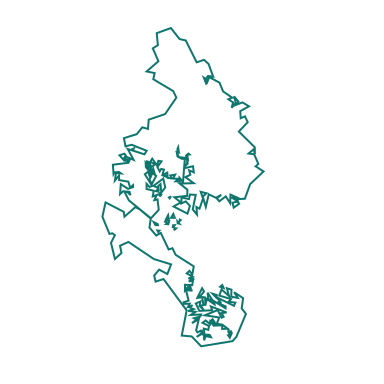 Colón, Colón, Panama (Mercator projection), rotated 303°
{"feature_id": "35544464B72276923440034", "entity_name": "Colón", "entity_type": "district", "adm_level": 2, "iso_a3": "PAN", "parent_name": "Panama", "parent_adm1": "Colón", "projection": "mercator", "projection_center": [-79.891, 9.223], "detail": "fine", "context": "isolated", "style": "outline", "palette": "teal", "viewbox_px": 384, "rotation_deg": 303, "n_neighbors": 0, "source": "geoboundaries", "source_scale": "gbopen_adm2", "svg_char_len": 6095}
<svg xmlns="http://www.w3.org/2000/svg" viewBox="0 0 384 384"><g transform="rotate(303 192 192)"><path d="M200.1,105.6L194.1,111.3L198.8,115.8L201.9,131.5L197.7,131.6L193.1,114.6L187.2,125.5L185.7,117.3L183.2,117.3L184.7,122.3L181.9,122.8L171.8,110.8L164.5,116.3L166.2,116.1L169.0,119.9L168.9,122.4L166.4,117.9L159.6,121.1L166.0,121.8L162.3,124.4L166.0,133.0L162.0,137.7L165.6,138.8L164.0,139.9L159.8,136.7L159.8,128.0L151.1,132.8L155.1,133.8L158.1,139.5L155.9,142.1L156.8,137.7L155.3,135.5L150.6,143.6L147.6,171.9L159.0,173.8L167.0,167.1L164.7,164.9L170.2,164.0L166.9,161.5L172.2,159.2L169.8,152.3L174.1,149.4L173.1,153.7L175.4,155.3L181.2,142.8L185.1,144.1L182.1,148.0L185.5,147.1L187.7,139.8L191.3,137.2L190.7,139.0L193.2,137.6L193.6,139.5L188.4,140.7L188.2,142.4L192.3,139.9L193.7,140.3L190.7,144.2L195.0,146.0L194.7,140.5L198.3,140.5L195.2,148.2L199.8,146.8L201.1,149.7L194.1,149.4L191.7,153.7L194.6,153.6L195.5,156.3L189.9,158.0L191.0,163.2L191.7,159.0L194.8,160.7L190.6,163.9L192.5,167.9L194.0,164.8L197.4,168.4L193.0,168.7L195.7,173.6L192.1,172.5L194.2,175.9L194.6,174.9L197.2,173.6L195.4,179.1L215.0,168.4L209.8,171.6L213.0,172.4L215.1,171.8L217.0,170.9L217.4,169.5L216.3,167.9L217.1,169.7L216.9,170.6L216.1,171.2L213.7,172.0L217.0,170.0L214.3,165.4L213.9,160.5L217.2,157.4L217.6,157.3L217.8,157.6L218.1,159.2L219.8,156.5L221.9,156.1L218.1,159.4L217.2,157.5L214.1,162.0L217.7,169.2L217.7,168.4L219.3,167.2L222.3,168.1L222.1,169.5L220.6,167.7L216.7,171.3L212.6,172.6L214.2,173.2L209.5,171.9L208.0,172.8L214.1,178.8L209.5,182.8L208.6,177.9L205.5,181.2L200.9,178.4L200.3,188.6L192.4,177.1L191.4,186.9L186.2,190.1L178.0,180.1L177.2,188.2L169.8,184.5L171.4,200.0L179.2,197.8L180.8,191.9L176.5,189.3L181.7,186.2L184.4,193.3L188.8,191.7L191.6,196.7L177.8,202.1L175.8,208.5L181.8,203.9L182.1,207.4L192.6,204.8L196.9,199.2L198.8,204.8L194.1,203.5L187.0,211.7L199.2,207.3L200.2,215.3L205.6,218.1L200.1,216.3L199.1,220.0L206.7,222.7L203.4,230.1L210.8,225.7L211.8,232.1L209.0,228.6L209.1,236.5L210.1,233.0L215.1,240.0L230.3,236.5L248.2,240.8L248.2,231.4L251.7,232.3L257.5,223.6L255.1,218.5L261.5,220.5L258.0,224.1L263.7,220.3L268.2,198.4L280.9,200.7L284.3,195.2L280.4,192.7L286.1,188.4L294.9,193.1L294.6,185.5L289.1,181.5L293.1,181.7L295.1,175.1L290.6,180.1L284.2,179.4L289.5,177.7L289.6,172.0L293.0,174.4L293.3,163.3L298.7,155.5L297.7,143.9L293.8,144.7L295.4,143.2L292.7,144.5L291.0,145.0L290.6,144.9L294.3,139.7L294.2,141.9L298.1,142.3L300.2,147.0L308.4,136.2L309.4,130.1L303.3,125.3L315.7,104.2L313.5,98.3L318.0,85.0L306.0,75.9L296.6,83.4L291.1,80.9L283.4,92.6L268.4,88.3L271.4,95.9L265.5,98.1L266.4,121.3L262.6,127.5L242.7,127.0L229.1,116.3L220.9,120.7L219.2,115.1L210.5,114.2L200.1,105.6ZM67.6,283.7L89.0,307.2L94.8,308.1L119.2,303.6L121.4,297.1L130.8,292.7L130.9,281.9L128.1,288.1L125.6,281.9L131.6,278.3L130.3,273.7L124.9,279.7L126.4,269.8L120.0,271.3L123.5,283.1L120.0,282.5L122.8,288.6L119.4,289.2L117.1,269.9L115.5,275.1L112.9,273.4L114.5,276.7L112.7,277.5L113.8,278.9L114.4,282.5L112.7,283.5L112.4,266.3L111.2,265.6L111.9,267.3L111.2,270.9L110.0,272.1L110.3,262.7L103.9,265.1L110.7,260.4L108.4,255.6L115.1,256.3L116.8,252.9L106.0,254.1L109.3,257.9L103.3,263.2L101.2,260.8L99.6,266.1L100.4,260.5L104.8,258.7L100.6,255.9L96.3,262.9L103.8,273.3L106.3,270.2L109.8,286.6L106.5,282.7L104.6,286.5L102.7,285.3L106.9,277.9L95.6,269.9L101.6,283.2L95.0,284.5L97.3,289.8L96.7,297.6L94.7,298.7L96.3,300.6L95.5,302.1L90.4,303.1L91.5,300.2L95.3,302.1L96.1,300.7L93.8,300.5L94.6,298.6L96.5,297.6L96.6,296.1L93.6,291.9L96.6,290.0L92.7,284.3L94.0,284.4L96.5,278.5L95.1,278.1L92.8,282.9L91.8,282.9L93.2,277.8L91.0,279.0L91.7,273.4L88.0,272.1L88.9,279.3L85.3,280.7L83.9,276.4L79.1,280.2L81.3,283.5L81.6,285.2L80.6,287.0L78.6,281.9L74.2,283.0L78.5,280.0L78.3,277.5L73.0,274.8L79.5,277.3L81.0,275.9L80.2,275.6L79.5,276.7L79.3,276.9L79.1,276.8L80.3,274.8L77.2,273.0L78.3,270.8L89.0,267.0L82.0,263.4L90.5,266.2L87.4,264.8L87.2,262.4L92.1,266.7L94.2,266.3L88.2,257.9L93.4,260.2L90.2,253.6L94.7,257.2L93.8,252.3L97.4,254.2L93.3,251.2L97.1,250.9L93.9,246.3L94.9,245.0L99.1,248.3L106.4,240.4L109.5,246.1L108.8,241.2L110.7,243.3L111.5,242.4L109.9,240.2L105.6,239.7L110.4,236.7L114.0,242.9L117.9,241.2L115.3,237.9L120.2,241.2L117.5,236.1L121.3,238.9L120.9,231.9L124.5,232.8L122.9,237.2L130.6,234.0L130.4,212.5L134.2,206.2L131.1,203.7L140.7,188.1L136.0,185.7L139.0,175.7L147.2,171.9L149.0,157.3L148.4,152.7L134.5,148.8L138.2,145.6L136.2,125.2L122.5,130.3L111.9,145.6L114.0,147.7L113.8,150.8L105.2,151.8L93.9,163.8L102.4,166.1L107.8,160.9L115.5,165.9L115.0,196.5L119.9,213.9L109.8,216.0L109.0,206.7L101.3,205.8L97.0,210.3L103.5,215.5L89.8,252.0L66.0,261.6L70.7,270.4L67.6,283.7ZM187.6,160.6L176.1,156.3L177.0,161.5L174.6,163.7L178.5,160.4L181.5,161.3L174.7,166.6L181.2,167.1L187.6,160.6ZM186.4,148.5L179.1,149.7L176.8,154.0L186.0,153.2L186.4,148.5ZM205.1,231.8L201.6,235.5L207.8,237.9L208.7,235.4L205.1,231.8ZM183.3,111.2L181.8,116.7L186.7,116.5L187.3,114.4L183.3,111.2ZM116.1,260.0L110.4,264.3L113.0,266.7L116.1,260.0ZM159.5,184.6L154.7,185.1L155.6,188.1L159.5,184.6ZM163.4,188.3L159.0,188.5L161.0,191.6L163.4,188.3ZM190.5,146.7L186.7,146.8L187.6,150.1L190.5,146.7ZM153.9,194.3L151.3,195.3L154.8,195.6L153.9,194.3ZM154.1,189.0L151.1,187.8L152.0,189.7L154.1,189.0ZM119.1,269.0L117.9,264.7L116.7,269.7L119.1,269.0ZM145.9,176.3L144.3,179.4L145.7,181.5L146.4,180.8L145.9,176.3ZM130.5,268.1L127.9,267.2L128.7,270.8L130.5,268.1ZM173.8,166.1L171.7,165.4L173.3,167.3L173.8,166.1ZM176.9,176.7L174.8,175.7L174.5,176.8L176.9,176.7ZM189.0,145.3L189.6,143.3L187.2,144.9L189.0,145.3ZM141.8,185.7L140.9,183.9L140.0,185.5L141.8,185.7ZM154.2,186.2L151.8,185.2L153.2,186.8L154.2,186.2ZM152.5,197.5L150.1,197.7L152.9,198.5L152.5,197.5ZM175.2,161.7L173.1,161.2L173.9,163.6L175.2,161.7ZM158.5,198.6L159.3,195.9L158.0,197.0L158.5,198.6ZM172.5,167.3L170.5,167.2L172.2,167.7L172.5,167.3ZM182.4,120.0L182.0,117.6L181.4,118.1L182.4,120.0ZM162.2,196.8L160.5,197.5L162.3,197.8L162.2,196.8ZM182.8,120.8L183.6,121.5L183.1,120.4L182.8,120.8ZM196.1,119.6L196.9,119.5L196.1,119.0L196.1,119.6Z" fill="none" stroke="#0f766e" stroke-width="2"/></g></svg>